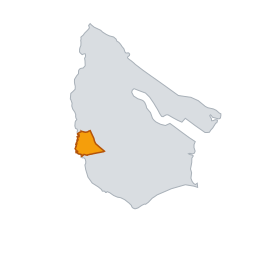 Matam, Matam, Senegal shown in context, rotated 215°
{"feature_id": "50182788B95113260184043", "entity_name": "Matam", "entity_type": "district", "adm_level": 2, "iso_a3": "SEN", "parent_name": "Senegal", "parent_adm1": "Matam", "projection": "albers", "projection_center": [-13.438, 15.719], "detail": "fine", "context": "in_parent", "style": "filled", "palette": "amber", "viewbox_px": 256, "rotation_deg": 215, "n_neighbors": 0, "source": "geoboundaries", "source_scale": "gbopen_adm2", "svg_char_len": 5996}
<svg xmlns="http://www.w3.org/2000/svg" viewBox="0 0 256 256"><g transform="rotate(215 128 128)"><path d="M191.9,118.7L194.7,123.6L194.1,126.0L193.5,129.4L195.1,131.9L196.9,133.5L198.3,135.0L199.7,137.1L200.0,141.2L199.7,144.1L200.7,145.5L201.5,147.1L201.4,148.6L200.8,149.8L199.1,151.5L198.8,154.5L201.7,158.3L203.6,160.3L203.6,161.4L204.1,162.7L205.5,164.2L206.3,163.8L207.2,162.6L207.6,161.8L210.1,162.1L211.3,162.5L212.9,164.9L213.5,166.5L213.9,168.5L215.6,171.1L217.1,172.8L217.4,173.9L218.7,175.4L217.9,178.8L218.0,180.5L217.2,185.0L217.0,187.2L217.1,187.9L219.1,189.5L218.9,191.8L216.9,191.4L213.4,191.2L206.4,192.4L204.0,192.0L199.4,192.2L196.1,192.8L192.0,194.3L188.8,194.0L187.0,192.8L184.7,192.9L182.1,192.3L179.4,191.2L176.9,190.6L174.2,188.6L172.9,188.2L172.0,188.7L171.3,189.4L170.5,189.9L169.0,189.5L168.4,188.1L168.9,186.7L169.0,185.7L168.3,185.1L166.7,184.9L164.0,184.9L159.7,184.5L158.7,184.3L149.1,183.9L139.1,183.8L130.6,183.8L119.9,183.7L112.4,183.6L105.4,183.5L100.0,186.2L94.1,189.2L86.1,190.7L77.1,190.0L74.2,190.4L71.1,191.7L68.9,192.6L65.8,193.1L61.7,192.6L60.1,192.9L59.1,191.5L58.0,189.2L58.7,187.6L61.2,186.6L64.9,185.3L66.9,186.0L68.0,186.1L68.2,185.2L67.9,184.8L65.1,183.5L63.7,181.9L62.5,182.8L61.4,184.7L60.5,185.3L59.3,185.8L58.6,184.5L58.3,183.2L58.9,182.3L58.6,176.7L59.0,173.8L58.9,171.2L60.7,169.6L62.3,168.5L68.8,168.5L74.8,168.5L80.6,168.7L86.6,168.8L87.2,163.7L89.1,163.3L91.9,162.8L97.1,162.2L102.9,161.7L104.2,160.7L105.1,159.0L105.7,157.4L107.0,156.8L108.6,157.3L110.7,158.2L112.9,159.4L115.4,160.6L117.1,161.3L121.1,163.1L128.0,165.7L133.7,166.7L140.6,164.9L145.6,163.7L146.2,161.5L145.5,159.4L141.8,157.4L136.7,157.6L135.2,158.1L132.8,158.8L131.4,159.0L129.1,158.6L126.1,156.8L124.2,155.1L121.5,154.3L118.4,153.5L113.4,149.9L110.8,149.2L108.3,149.0L103.5,149.7L98.8,151.5L96.3,155.8L91.7,155.7L81.7,155.4L72.6,155.2L65.1,155.4L64.4,152.3L62.7,149.8L59.8,147.6L59.2,145.6L60.2,143.9L63.0,142.6L63.7,141.6L62.2,141.7L60.0,142.6L58.5,142.6L58.4,139.9L56.0,136.3L53.3,130.3L50.2,127.8L47.7,123.0L45.0,121.1L42.5,120.2L40.4,120.3L39.6,122.5L36.9,119.3L40.6,118.2L48.5,114.4L57.6,103.2L65.8,89.9L66.9,86.8L67.9,84.4L68.7,78.9L69.8,75.7L70.9,75.1L72.3,72.6L74.0,68.2L75.9,65.8L78.0,65.3L79.6,65.6L80.7,66.5L84.1,67.1L89.6,67.4L94.0,66.7L97.0,65.3L101.0,64.5L106.0,64.5L108.6,63.9L108.8,62.7L109.5,62.3L110.5,62.8L111.5,62.6L112.4,61.7L113.3,61.7L114.2,62.4L118.4,62.7L125.8,62.4L132.6,64.8L138.8,69.7L142.1,73.0L142.3,74.7L143.3,76.3L145.2,78.0L146.9,78.3L148.4,77.3L149.7,77.4L150.5,78.7L152.3,78.9L154.3,78.1L155.7,78.4L156.0,79.2L156.3,79.6L157.3,79.7L158.6,80.7L160.4,83.3L161.9,87.0L163.1,91.7L164.6,94.2L166.5,94.6L167.5,95.6L167.8,96.7L168.3,97.4L169.2,97.9L170.8,97.6L172.7,99.2L174.7,102.6L175.0,104.2L174.7,105.0L174.8,105.6L176.2,106.2L177.4,107.3L178.5,109.0L180.7,110.5L184.1,111.8L186.6,113.7L188.1,116.3L191.2,118.5L191.9,118.7Z" fill="#d9dde1" stroke="#a8b0b8" stroke-width="1"/><path d="M166.0,94.3L166.0,94.2L165.9,94.1L165.6,94.0L165.4,93.9L165.2,93.8L164.9,93.8L164.7,93.9L164.4,93.8L164.3,94.0L164.4,93.9L164.5,93.9L164.5,94.1L164.4,94.3L164.1,94.3L164.0,94.2L163.9,94.1L163.8,93.9L163.8,93.7L163.7,93.7L163.5,93.3L163.4,93.3L163.3,93.1L163.2,92.9L163.2,92.7L163.3,92.5L163.3,92.4L163.5,92.3L163.8,92.5L164.0,92.5L164.2,92.4L164.3,92.4L164.5,92.1L164.5,91.9L164.6,91.7L164.3,91.6L164.2,91.4L163.9,91.2L163.6,90.8L163.5,90.7L163.4,90.7L163.2,90.5L162.9,90.3L162.7,90.2L162.4,89.8L162.3,89.7L162.2,89.7L162.1,89.3L162.1,89.1L162.3,89.0L162.5,89.0L162.8,89.1L162.9,88.9L162.7,88.7L162.4,88.5L162.4,88.4L162.2,88.3L162.1,88.2L161.9,87.9L161.8,87.7L161.8,87.4L161.9,87.0L161.9,86.9L161.9,86.6L161.8,86.4L161.7,86.3L161.6,86.2L161.4,86.1L161.2,86.0L161.0,85.9L160.9,85.8L160.8,85.7L161.0,85.5L161.1,85.4L161.3,85.2L161.5,85.0L161.5,84.9L161.4,84.8L161.4,84.7L161.2,84.6L160.9,84.6L160.6,84.4L160.3,84.0L160.2,83.9L160.1,83.7L160.0,83.4L159.9,83.3L159.9,83.2L159.9,82.8L160.0,82.6L159.9,82.5L159.9,82.4L159.7,82.2L159.6,81.9L159.6,81.6L159.6,81.4L159.6,81.2L159.6,80.9L159.4,80.7L159.2,80.6L158.8,80.5L158.7,80.4L158.4,80.3L158.1,80.2L157.9,80.1L157.6,79.9L157.4,79.8L157.4,79.7L157.2,79.4L157.2,79.2L156.8,79.2L156.8,79.3L156.7,79.4L156.6,79.5L156.4,79.9L156.3,80.0L156.2,80.1L155.9,80.0L155.7,79.9L155.6,79.7L155.5,79.3L155.5,79.2L155.7,78.9L155.8,78.8L156.0,78.7L156.4,78.6L156.5,78.6L156.7,78.4L156.6,78.2L156.4,78.0L156.2,78.1L156.0,78.3L155.9,78.3L155.7,78.5L155.4,78.7L155.2,78.7L154.9,78.6L154.6,78.5L154.3,78.4L154.2,78.4L153.8,78.4L153.6,78.5L153.3,78.6L152.9,78.8L152.6,79.0L152.3,79.1L152.1,79.2L151.9,79.3L151.5,79.2L151.3,79.1L151.2,79.2L151.0,79.3L150.8,79.6L150.7,79.7L150.4,79.5L150.2,79.3L150.0,79.1L149.8,78.9L149.7,78.8L149.6,78.6L149.6,78.4L149.5,78.5L149.4,78.8L149.3,79.0L149.3,79.3L149.2,79.6L149.2,79.8L149.1,80.1L149.0,80.4L149.0,80.6L148.9,80.9L148.9,81.1L147.0,81.8L146.4,82.0L145.9,82.3L145.7,82.4L145.7,82.5L145.7,82.8L144.8,83.7L144.1,84.6L143.2,85.4L142.4,86.2L141.7,87.1L141.3,87.5L141.0,87.8L140.8,88.0L140.6,88.2L139.9,88.9L139.5,89.4L138.7,90.2L137.4,91.5L137.0,91.9L135.3,93.7L134.6,94.4L134.4,94.6L134.0,95.5L135.3,95.6L140.0,96.0L145.4,96.6L147.8,97.9L150.2,100.0L153.9,102.1L157.5,104.2L157.7,103.9L157.7,103.7L157.8,103.6L157.9,103.4L158.0,103.3L158.1,103.2L158.3,103.0L158.4,102.9L158.4,102.7L158.5,102.6L158.5,102.4L158.6,102.2L158.7,101.9L158.8,101.8L158.9,101.6L159.0,101.4L159.2,101.2L159.3,101.2L159.5,101.0L159.5,100.9L159.8,100.7L160.0,100.6L160.2,100.4L160.3,100.3L160.3,100.2L160.5,100.1L160.7,99.9L160.8,99.9L161.0,99.8L161.2,99.7L161.4,99.7L161.5,99.7L161.8,99.5L162.0,99.5L162.1,99.4L162.3,99.3L162.5,99.3L162.7,99.2L162.8,99.2L163.0,99.1L163.3,99.0L163.6,98.9L163.8,98.8L164.1,98.7L164.3,98.6L164.5,98.6L164.4,98.5L164.3,98.4L164.2,98.4L164.2,98.2L164.3,98.0L164.3,97.9L164.4,97.7L164.5,97.5L164.6,97.4L164.8,97.3L164.8,97.2L164.9,96.9L165.0,96.9L165.1,96.7L165.5,95.8L165.6,95.6L165.7,95.3L165.8,95.0L166.0,94.5L166.0,94.3Z" fill="#f59e0b" stroke="#b45309" stroke-width="1.5"/></g></svg>